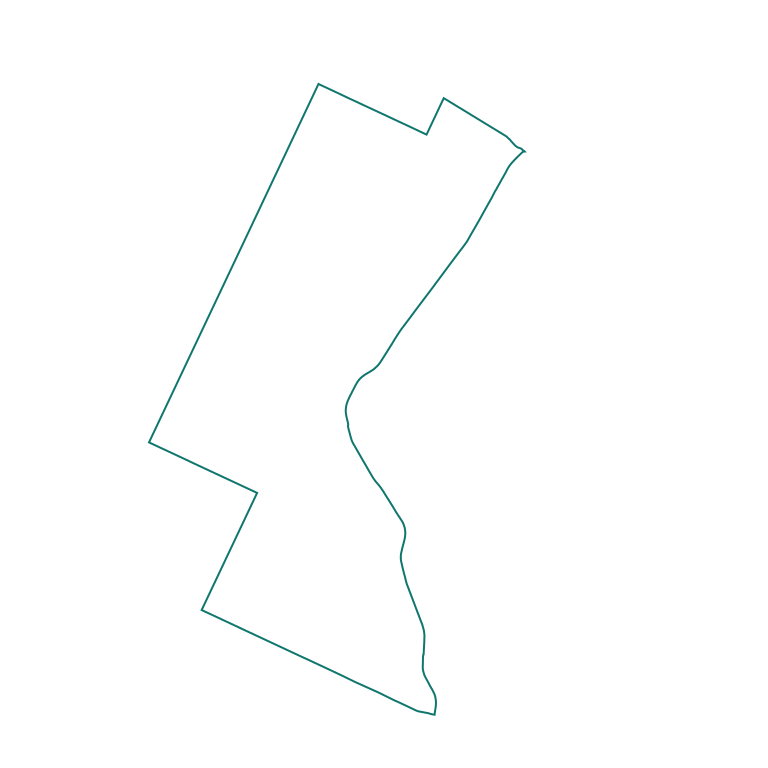 the district of 15 Mayu, Al Qahirah, Egypt, rotated 206°
{"feature_id": "37247803B58448533869188", "entity_name": "15 Mayu", "entity_type": "district", "adm_level": 2, "iso_a3": "EGY", "parent_name": "Egypt", "parent_adm1": "Al Qahirah", "projection": "equal_earth", "projection_center": [31.348, 29.853], "detail": "fine", "context": "isolated", "style": "outline", "palette": "teal", "viewbox_px": 768, "rotation_deg": 206, "n_neighbors": 0, "source": "geoboundaries", "source_scale": "gbopen_adm2", "svg_char_len": 5878}
<svg xmlns="http://www.w3.org/2000/svg" viewBox="0 0 768 768"><g transform="rotate(206 384 384)"><path d="M455.6,667.1L455.1,626.8L472.1,626.6L489.2,626.3L506.2,626.0L523.2,625.7L540.3,625.4L557.3,625.2L574.4,624.9L572.2,447.2L569.6,228.5L552.5,228.8L535.5,229.1L518.4,229.3L501.4,229.6L484.3,229.9L467.3,230.2L450.3,230.5L448.8,100.9L346.7,102.6L315.6,103.2L294.1,103.5L279.0,103.5L269.5,103.8L253.8,104.3L235.7,104.2L231.2,104.4L223.6,104.5L212.3,104.6L209.9,104.8L200.0,107.5L195.9,108.2L194.1,108.8L193.6,108.9L194.0,110.1L194.1,110.4L194.5,111.7L194.9,112.9L195.1,113.6L195.6,115.3L196.0,116.4L196.3,117.4L196.9,118.7L197.3,119.8L197.7,120.6L198.3,121.7L198.7,122.4L199.3,123.2L199.7,123.8L200.0,124.3L200.4,124.8L201.4,126.0L202.1,126.7L202.5,127.2L202.9,127.5L203.3,127.8L203.9,128.3L205.3,129.4L206.4,130.2L206.5,130.3L207.5,131.0L208.4,131.5L208.6,131.7L209.3,132.2L210.3,132.8L213.6,135.3L216.3,137.2L218.8,139.0L219.7,139.7L221.1,141.1L223.1,143.4L224.1,144.8L225.0,146.4L226.4,149.5L229.0,155.1L230.0,157.7L229.9,157.9L229.8,158.1L230.6,160.1L231.2,161.5L232.6,164.8L234.8,170.0L237.5,175.9L238.5,177.5L239.8,179.5L241.1,181.1L244.2,184.6L247.5,187.6L252.3,192.2L253.6,193.3L253.9,193.6L254.4,194.1L256.1,195.7L264.8,203.9L276.1,214.5L279.2,218.1L280.4,219.6L282.6,222.1L286.6,226.8L288.1,228.7L291.6,233.1L291.8,233.4L292.4,234.6L292.8,235.3L293.3,236.4L293.9,237.8L294.4,239.3L294.9,241.5L295.6,244.4L296.5,249.1L296.9,251.0L297.3,252.8L297.6,254.1L298.0,255.4L298.3,256.4L298.7,257.4L299.1,258.5L299.5,259.3L300.0,260.3L300.5,261.1L300.9,261.8L301.6,262.8L302.2,263.6L302.8,264.3L303.5,265.1L303.9,265.4L304.4,266.0L305.1,266.7L306.1,267.5L307.0,268.2L308.5,269.1L310.2,270.1L311.9,271.2L313.4,272.0L314.2,272.4L315.0,273.0L316.6,273.9L318.9,275.4L320.4,276.4L322.7,277.9L325.8,279.8L329.4,282.1L331.6,283.4L335.3,285.7L337.1,286.9L339.9,288.5L341.4,289.4L342.9,290.1L344.4,290.9L345.9,291.5L347.5,292.2L348.9,292.8L350.6,293.7L353.1,295.1L355.6,296.8L357.9,298.3L360.3,299.9L363.5,302.1L366.5,304.1L369.4,306.0L372.1,307.9L374.5,309.5L376.7,311.0L379.4,312.8L381.3,314.1L383.0,315.3L384.3,316.1L386.2,317.4L387.9,318.8L389.0,319.9L390.0,321.0L391.3,322.4L392.8,324.2L394.2,325.8L396.3,328.2L397.0,329.1L397.9,330.4L398.6,332.3L399.8,333.8L400.9,335.1L401.8,336.2L402.5,337.1L403.2,337.9L403.7,338.6L404.2,339.2L404.5,339.8L404.9,340.2L405.2,340.7L405.5,341.1L405.7,341.4L405.9,341.8L406.1,342.2L406.3,342.5L406.5,342.8L406.7,343.2L406.8,343.5L407.0,343.9L407.1,344.2L407.3,344.6L407.4,345.0L407.6,345.4L407.7,345.8L407.9,346.3L408.0,346.7L408.1,347.1L408.3,347.6L408.4,348.0L408.5,348.4L408.6,348.8L408.7,349.3L408.8,349.7L408.8,350.2L408.9,350.6L409.0,351.1L409.0,351.5L409.1,352.0L409.1,352.5L409.2,353.0L409.2,353.6L409.2,354.1L409.2,354.7L409.2,355.4L409.3,356.0L409.3,356.7L409.3,357.4L409.3,358.2L409.3,358.7L409.3,359.0L409.2,359.9L409.2,360.3L409.2,360.8L409.2,361.8L409.2,362.8L409.2,364.0L409.1,365.2L409.1,366.5L409.1,367.9L409.0,371.0L408.9,372.1L408.9,372.5L408.8,373.1L408.8,373.9L408.7,374.6L408.6,375.2L408.5,375.7L408.4,376.2L408.4,376.3L408.3,376.6L408.3,376.8L408.2,377.0L408.1,377.3L408.1,377.6L408.0,377.9L407.9,378.2L407.8,378.5L407.7,378.6L407.7,378.8L407.6,379.0L407.5,379.3L407.4,379.5L407.3,379.8L407.2,380.1L407.1,380.3L407.0,380.6L406.9,380.8L406.7,381.1L406.6,381.4L406.4,381.6L406.3,381.9L406.2,382.2L406.1,382.4L406.0,382.5L405.9,382.6L405.9,382.8L405.7,383.1L405.6,383.3L405.4,383.7L405.2,384.0L405.0,384.3L404.8,384.6L404.6,384.9L404.5,385.2L404.3,385.4L404.1,385.7L403.9,386.0L403.7,386.3L403.6,386.6L403.4,386.9L403.2,387.1L403.0,387.4L402.9,387.5L402.6,388.0L402.3,388.5L402.1,388.7L401.9,389.1L401.8,389.3L401.6,389.5L401.5,389.8L401.3,390.0L401.2,390.2L401.1,390.4L401.0,390.5L400.9,390.6L400.8,390.8L400.7,391.0L400.4,391.5L400.2,391.9L400.1,392.1L399.9,392.3L399.8,392.5L399.7,392.8L399.5,393.1L399.4,393.3L399.4,393.5L399.3,393.8L399.1,394.1L399.0,394.4L398.9,394.7L398.7,395.1L398.7,395.3L398.5,395.8L398.3,396.1L398.2,396.4L398.1,396.7L398.0,397.0L397.9,397.3L397.8,397.6L397.7,397.8L397.7,398.1L397.6,398.3L397.5,398.6L397.5,398.8L397.4,399.0L397.4,399.3L397.3,399.5L397.2,399.8L397.2,400.0L397.1,400.6L397.0,400.9L396.9,401.5L396.8,402.1L396.8,402.5L396.7,403.1L396.7,403.4L396.6,403.7L396.6,404.1L396.5,404.7L396.5,405.0L396.4,405.6L396.3,406.8L396.2,407.1L396.2,407.7L396.1,408.0L396.1,408.3L396.1,408.6L396.0,409.2L396.0,409.3L395.9,410.1L395.9,410.4L395.8,410.6L395.8,411.0L395.7,411.8L395.7,412.1L395.6,412.6L395.6,412.9L395.5,413.5L395.5,413.8L395.5,414.1L395.4,414.4L395.4,414.6L395.3,415.3L395.3,415.6L395.3,415.9L395.2,416.5L395.2,416.8L395.2,417.1L395.1,417.3L395.1,417.6L395.0,418.4L395.0,418.7L394.9,418.9L394.9,419.5L394.8,420.0L394.8,420.3L394.8,420.6L394.7,420.9L394.7,421.3L394.7,421.6L394.6,422.2L394.5,422.6L394.5,422.9L394.5,423.2L394.4,423.5L394.4,423.9L394.4,424.2L394.3,424.9L394.3,425.5L394.2,426.3L394.1,427.2L394.1,428.3L393.9,429.6L393.7,431.5L393.0,437.3L392.4,441.2L390.8,449.3L388.5,461.2L388.3,462.5L385.6,476.4L385.1,478.9L382.7,491.2L379.8,506.7L377.2,520.8L376.6,523.7L375.6,529.0L374.2,536.2L373.6,539.0L372.7,543.7L372.2,546.4L371.9,548.2L371.8,549.8L371.3,557.6L370.1,575.1L370.0,577.2L369.5,587.0L368.9,597.2L368.8,597.9L368.8,600.5L368.7,603.9L368.7,605.8L368.4,608.3L368.4,609.8L368.3,611.1L368.1,614.5L367.9,618.6L367.5,624.8L367.3,628.3L367.3,629.8L367.3,630.1L367.2,632.5L366.8,635.6L366.2,638.3L364.9,642.7L363.4,647.1L361.3,652.8L360.6,653.9L360.5,654.0L360.2,654.2L359.5,654.6L360.3,654.9L361.5,654.9L361.9,655.0L362.4,655.2L363.0,655.5L363.8,655.7L364.9,655.6L365.0,655.6L366.1,655.5L367.4,655.3L368.0,655.3L368.7,655.4L369.9,655.7L370.6,655.8L371.2,656.0L372.9,656.7L376.3,658.0L377.7,658.7L377.9,658.8L379.1,659.1L380.2,659.4L380.9,659.7L381.4,659.8L382.1,660.1L382.8,660.2L383.5,660.3L407.8,662.6L455.6,667.1Z" fill="none" stroke="#0f766e" stroke-width="2"/></g></svg>